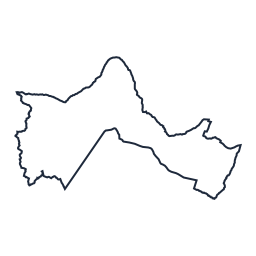 Luján de Cuyo, Mendoza, Argentina (Albers equal-area conic projection)
{"feature_id": "61730980B1211136539314", "entity_name": "Luján de Cuyo", "entity_type": "district", "adm_level": 2, "iso_a3": "ARG", "parent_name": "Argentina", "parent_adm1": "Mendoza", "projection": "albers", "projection_center": [-69.794, -33.006], "detail": "fine", "context": "isolated", "style": "outline", "palette": "slate", "viewbox_px": 256, "rotation_deg": 0, "n_neighbors": 0, "source": "geoboundaries", "source_scale": "gbopen_adm2", "svg_char_len": 5778}
<svg xmlns="http://www.w3.org/2000/svg" viewBox="0 0 256 256"><path d="M230.3,172.5L230.5,171.3L231.4,170.1L231.7,168.9L233.5,166.4L233.9,165.4L234.0,164.2L234.8,162.5L234.7,161.7L234.9,159.9L235.1,159.6L235.5,157.8L236.6,155.5L236.7,153.8L237.2,153.1L238.9,151.4L240.6,145.1L237.8,145.6L235.6,146.6L234.6,147.3L230.7,148.6L228.2,148.2L226.3,147.2L224.4,145.6L223.9,144.8L222.6,143.6L220.2,142.2L220.8,140.9L220.3,140.4L219.1,139.4L216.3,138.2L215.6,137.3L215.2,137.1L213.4,137.8L212.8,137.7L211.6,138.6L210.9,138.7L210.1,138.4L208.1,138.7L207.1,138.5L206.1,137.9L205.7,137.0L205.2,136.5L204.0,136.2L203.2,135.7L203.9,133.5L204.8,131.3L206.8,131.6L208.3,128.5L209.3,125.1L210.9,121.9L208.3,121.2L208.8,119.6L203.9,119.3L202.5,120.2L201.8,121.3L198.6,125.4L197.5,125.9L195.4,127.9L194.7,128.2L193.6,128.2L191.0,129.9L188.9,130.9L186.8,131.6L186.4,131.9L186.3,132.5L185.5,133.5L184.8,133.9L182.5,134.2L182.0,134.6L180.5,134.1L178.0,134.6L176.2,134.4L175.5,134.7L174.8,135.4L173.6,135.8L172.4,135.7L169.4,136.1L168.9,135.9L168.3,135.4L168.2,135.0L167.0,134.1L166.9,133.6L166.2,132.3L165.0,131.5L165.4,130.9L165.2,129.9L164.8,129.0L164.4,128.9L164.1,127.9L163.2,127.3L162.9,126.4L163.2,126.1L162.2,125.3L160.5,124.8L159.1,123.1L157.0,121.4L156.5,120.3L155.9,119.7L154.6,117.5L153.9,117.2L152.6,117.0L151.7,116.1L151.6,115.5L151.0,114.8L150.1,114.4L148.8,113.3L148.2,113.1L147.4,113.4L146.9,113.3L146.1,111.5L144.8,112.1L143.0,112.0L142.3,109.9L142.6,108.8L142.5,108.3L142.8,107.1L142.6,106.4L142.7,105.2L142.6,104.6L141.9,103.4L141.8,102.9L142.2,100.1L142.1,99.1L141.5,98.4L139.7,97.4L138.5,95.8L137.1,95.0L136.9,94.5L137.3,92.9L137.1,92.2L136.8,91.4L135.0,89.2L134.8,88.6L134.8,83.9L135.0,83.1L134.9,82.6L134.7,81.9L133.8,81.0L133.2,79.7L133.1,78.4L132.1,75.5L131.4,74.5L131.3,73.7L130.2,70.8L129.7,70.1L128.6,70.0L128.2,69.7L127.8,68.0L126.7,66.4L125.7,65.5L124.1,62.6L123.5,61.8L122.9,61.4L121.8,59.8L120.8,59.4L119.4,57.8L116.2,57.2L114.9,57.5L112.9,57.6L110.4,58.6L108.8,59.8L108.6,60.2L108.0,60.5L107.3,61.9L106.7,62.3L106.3,63.5L105.4,64.5L104.9,65.2L104.6,66.2L104.1,66.8L103.5,68.7L102.8,69.7L102.6,70.9L102.3,71.2L102.0,72.2L101.4,73.0L101.3,74.7L99.8,76.7L98.1,77.4L95.8,79.0L95.3,81.2L94.9,81.3L94.5,81.8L93.8,82.0L93.4,82.7L92.9,82.9L92.2,84.5L91.8,84.9L90.9,85.6L90.0,86.6L88.7,87.4L85.8,87.6L84.6,88.5L83.5,88.7L81.1,91.2L78.1,92.8L76.9,93.8L75.6,94.0L74.2,95.1L72.8,95.2L72.2,95.9L70.9,96.2L68.4,98.7L67.5,100.3L66.3,100.9L65.7,102.1L65.3,102.3L63.8,102.1L62.4,101.5L61.9,101.1L60.3,100.6L57.4,98.9L55.6,98.2L54.3,97.3L53.8,97.3L53.1,96.8L52.5,96.8L50.4,96.0L49.2,96.0L48.2,95.3L45.8,94.6L44.9,94.9L43.7,95.0L42.2,94.3L41.3,94.6L40.3,94.4L38.4,94.8L36.8,94.4L35.3,94.6L34.5,94.2L32.6,94.6L30.3,94.1L29.0,93.6L28.4,93.6L27.5,94.1L26.7,94.0L26.1,94.4L25.6,94.3L23.2,92.7L21.9,92.1L19.8,92.6L17.8,92.1L16.7,92.2L17.5,94.2L18.2,94.3L18.6,94.7L19.5,94.7L19.9,95.2L21.1,95.8L21.3,96.2L21.7,96.8L21.3,97.2L21.3,98.5L21.1,98.8L21.3,99.4L21.0,100.5L22.6,102.2L22.8,102.9L23.7,103.1L24.0,103.5L26.0,104.1L27.6,105.0L28.2,104.9L29.0,105.1L31.3,108.1L31.2,108.7L30.9,109.3L30.9,110.6L30.4,111.1L29.8,111.2L29.6,111.8L29.3,112.0L28.9,112.6L29.1,113.2L28.5,114.0L29.0,114.7L29.2,115.6L29.7,116.5L29.4,116.9L28.7,117.2L28.4,118.0L26.6,118.6L26.5,120.1L25.5,121.1L25.5,121.5L25.8,121.9L25.8,122.5L26.4,123.3L26.2,123.7L26.4,124.8L26.2,126.1L26.6,127.2L26.5,128.1L25.5,128.7L25.4,129.5L25.0,130.3L24.4,130.8L23.2,130.8L22.0,131.2L21.8,131.6L20.8,131.8L20.0,131.6L18.5,131.9L17.3,131.7L17.5,133.7L16.7,134.4L16.5,135.0L15.7,135.3L15.4,135.9L17.6,137.7L18.2,138.0L18.4,139.5L19.1,141.1L18.9,141.5L19.4,142.7L18.9,143.9L19.6,145.5L18.8,146.3L18.0,148.0L18.1,148.6L18.5,149.1L20.0,149.8L21.8,151.1L21.8,151.8L21.4,153.3L20.0,154.3L19.7,155.0L20.0,156.2L21.0,157.9L20.4,159.0L19.7,159.3L20.6,161.8L19.9,163.0L19.9,164.0L21.3,167.1L21.4,167.8L24.0,168.2L24.7,168.7L25.6,168.9L25.8,169.7L25.3,170.7L25.6,171.5L24.6,172.9L23.9,175.9L25.3,176.5L25.7,177.1L26.2,176.9L26.8,177.2L27.1,177.6L28.0,177.9L28.5,178.6L28.9,178.6L28.1,181.4L28.6,183.4L28.6,184.3L29.4,185.4L30.0,185.2L30.7,184.4L31.3,184.5L33.0,183.5L34.0,183.3L34.6,182.6L34.6,181.2L36.2,179.4L37.1,178.9L37.3,177.8L38.5,178.3L39.3,177.0L40.6,176.6L41.4,175.4L42.6,175.2L42.4,174.5L42.6,173.0L42.2,171.7L41.9,171.4L42.5,171.1L43.6,175.9L44.3,176.3L47.2,177.4L48.2,176.9L49.0,176.9L51.2,178.2L52.7,176.9L53.4,176.8L54.1,176.2L54.6,176.2L55.4,176.6L56.1,177.7L56.7,177.8L58.0,179.3L58.9,179.5L60.3,179.0L61.7,182.9L62.2,183.4L63.2,185.2L63.6,186.4L63.9,186.5L64.1,187.3L64.4,187.5L64.4,187.9L64.9,189.0L104.5,131.5L106.0,130.4L106.9,130.4L111.4,129.7L113.7,128.5L114.6,128.3L115.6,128.6L116.1,129.3L117.6,131.7L118.2,133.5L119.2,134.7L119.4,138.6L121.8,139.6L122.5,140.2L122.9,141.1L123.6,141.6L129.3,142.5L134.8,143.8L139.8,145.9L142.8,146.9L148.4,147.5L150.7,148.2L151.8,149.1L152.8,150.8L153.4,152.0L153.9,153.8L155.7,156.1L158.6,159.2L160.4,163.1L161.0,163.8L162.8,164.5L164.9,165.7L166.5,167.5L168.1,169.8L169.2,170.7L171.4,171.8L175.9,173.1L178.1,174.1L183.7,177.5L196.6,180.3L194.0,188.5L196.6,189.9L197.7,189.8L198.6,190.3L198.8,190.7L199.3,190.7L200.0,191.2L200.6,191.2L201.0,191.6L201.6,191.8L201.8,192.3L203.2,192.9L203.7,192.9L204.0,192.6L204.7,193.1L206.1,193.4L206.4,193.8L207.2,194.1L207.9,194.9L207.9,195.4L208.7,195.5L208.8,195.9L209.2,195.9L210.0,196.6L210.5,196.6L210.6,197.1L210.9,197.3L211.5,197.3L212.5,197.7L212.9,198.0L212.8,198.4L214.5,198.8L215.0,197.9L216.2,197.4L217.0,195.1L217.4,194.6L218.6,193.8L219.1,192.9L219.6,192.8L223.1,189.7L223.6,189.5L223.9,189.1L224.0,188.0L224.9,187.1L224.8,185.5L224.4,184.4L223.7,183.2L224.5,181.4L224.5,180.9L225.4,179.4L226.2,178.6L226.5,178.0L226.2,177.7L227.4,175.7L227.7,175.4L228.6,175.4L229.4,174.5L230.3,172.5Z" fill="none" stroke="#1e293b" stroke-width="2"/></svg>